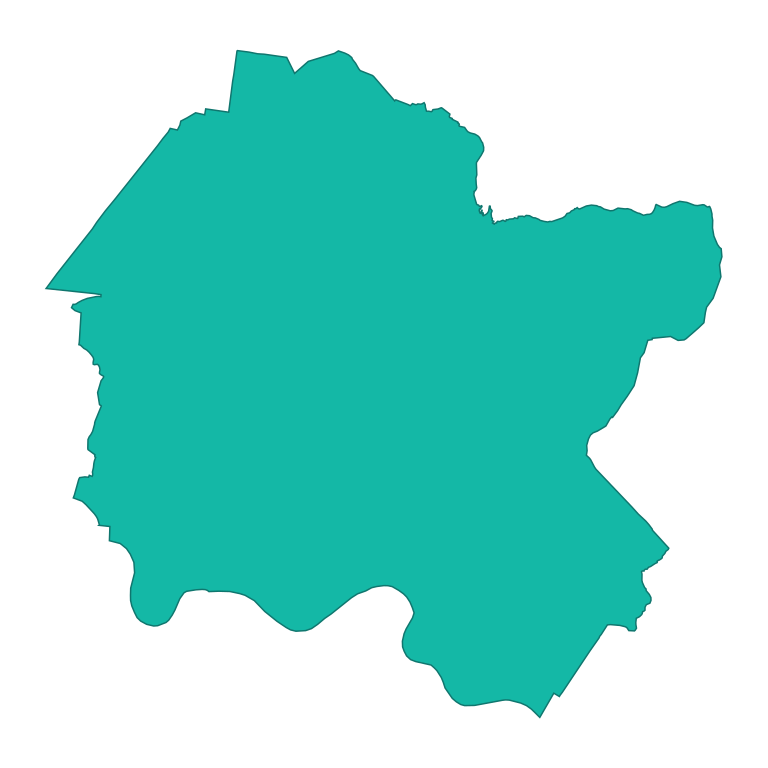 Seini, Satu Mare, Romania (Mercator projection)
{"feature_id": "2599482B17607964095904", "entity_name": "Seini", "entity_type": "district", "adm_level": 2, "iso_a3": "ROU", "parent_name": "Romania", "parent_adm1": "Satu Mare", "projection": "mercator", "projection_center": [23.303, 47.754], "detail": "fine", "context": "isolated", "style": "filled", "palette": "teal", "viewbox_px": 768, "rotation_deg": 0, "n_neighbors": 0, "source": "geoboundaries", "source_scale": "gbopen_adm2", "svg_char_len": 6038}
<svg xmlns="http://www.w3.org/2000/svg" viewBox="0 0 768 768"><path d="M539.8,717.4L553.8,693.2L559.4,696.5L559.9,695.5L562.4,692.2L589.8,651.1L599.0,638.0L599.7,636.3L601.2,634.5L607.4,624.9L610.4,624.6L619.9,625.4L625.5,626.8L627.0,627.8L628.8,630.6L634.5,630.9L635.3,630.1L636.5,628.2L635.9,624.7L635.8,622.4L636.3,618.3L639.5,616.7L641.7,614.6L642.2,613.6L642.6,611.7L644.0,611.1L645.0,610.2L645.0,607.4L646.1,605.0L646.9,604.4L649.9,603.2L651.0,600.4L650.9,597.5L649.3,594.4L646.2,590.7L646.0,588.9L644.6,587.5L642.4,582.5L641.9,580.3L642.0,574.2L641.5,571.9L641.6,571.4L643.1,570.8L643.9,571.1L644.3,570.1L645.3,569.2L647.1,569.2L648.5,567.3L650.6,566.5L655.0,563.6L657.1,562.6L657.3,562.0L657.0,561.3L658.5,560.2L659.3,560.1L661.8,558.4L662.2,557.7L662.4,556.1L664.8,553.5L665.9,551.3L668.2,549.5L668.8,548.2L652.4,530.2L652.3,529.2L649.1,524.9L645.9,521.2L638.2,514.0L632.0,507.1L596.0,469.3L594.5,467.1L590.7,459.8L589.5,458.2L586.4,455.3L587.1,450.7L586.7,445.4L588.5,438.9L590.4,435.1L593.1,432.8L597.4,431.1L605.9,426.0L609.9,419.0L611.9,416.9L612.6,417.4L617.6,410.7L621.2,404.7L627.3,396.2L634.1,385.7L637.6,372.8L640.4,357.8L644.1,352.7L647.8,340.3L652.1,339.6L652.3,338.3L670.6,336.5L678.1,340.4L684.1,339.9L686.1,338.7L698.6,327.8L703.9,322.7L705.4,312.4L706.6,307.2L713.1,298.3L720.9,276.8L719.5,264.9L721.9,256.8L721.2,248.7L719.5,247.4L717.4,244.4L713.9,236.1L712.5,228.0L712.7,220.2L712.0,216.2L712.0,214.0L710.8,209.0L709.7,206.6L709.3,206.4L708.0,207.0L707.2,206.9L704.2,204.9L702.8,204.7L697.5,205.6L694.6,205.3L686.9,202.4L679.6,201.3L672.9,203.7L666.7,206.7L664.3,207.3L661.8,207.1L656.2,204.5L655.7,205.1L655.1,207.5L654.1,210.0L652.6,212.4L651.4,213.6L649.6,214.3L647.0,214.4L643.5,215.3L639.6,213.4L637.6,213.0L632.9,210.8L631.2,209.7L627.6,208.7L625.1,208.9L618.0,208.1L613.2,210.5L610.3,210.8L604.1,209.1L600.5,206.9L598.3,206.5L596.8,205.7L591.4,205.1L586.3,206.0L579.6,209.0L578.3,208.7L577.2,207.6L575.8,208.7L574.7,208.7L574.1,209.7L571.3,211.0L569.7,212.8L567.0,213.5L565.1,216.2L562.6,217.9L551.7,221.6L549.8,221.4L547.8,222.0L544.1,221.4L540.0,220.3L538.9,219.4L535.3,217.9L533.1,217.7L529.5,215.7L526.2,215.4L524.2,216.8L522.7,216.2L518.3,216.4L517.8,218.2L517.4,218.5L514.6,217.8L513.4,218.8L509.4,219.1L507.8,219.9L506.4,219.7L506.1,220.0L505.9,221.0L505.1,221.4L503.6,220.4L502.6,220.3L499.7,221.6L497.6,221.3L496.9,221.9L496.6,222.9L495.1,223.1L494.3,224.1L492.5,223.0L493.8,221.3L492.1,220.5L492.4,218.6L491.5,217.2L491.1,213.5L492.1,210.9L491.7,210.1L490.4,208.6L490.2,206.2L489.8,206.0L489.4,206.2L488.6,211.3L487.3,213.3L486.3,214.2L483.2,215.8L482.6,214.9L483.3,214.2L483.2,213.0L482.8,212.8L482.2,213.9L481.6,213.4L482.1,210.3L481.8,210.2L481.4,210.8L481.0,212.8L480.6,213.3L480.0,213.0L479.2,210.7L479.4,209.1L479.7,208.8L480.2,209.1L481.7,207.1L482.0,206.2L481.4,205.7L480.2,206.4L479.4,206.3L478.6,205.1L477.2,204.7L476.6,204.1L473.9,195.0L473.9,193.7L474.2,192.5L474.0,191.4L475.2,190.8L476.2,189.2L476.7,187.7L476.2,184.0L475.9,178.1L476.8,174.9L476.4,163.8L476.5,162.4L481.2,155.2L483.4,151.1L483.6,150.4L483.7,147.3L482.6,142.9L481.6,141.6L479.5,137.5L477.9,135.9L474.8,134.1L470.4,133.0L468.1,131.9L466.9,130.7L464.6,127.4L459.3,126.2L459.0,125.4L459.3,124.3L458.9,123.6L457.8,122.9L458.1,122.5L457.9,122.1L452.2,119.3L452.1,119.1L452.3,118.6L452.0,118.3L449.7,117.5L449.3,116.7L449.9,114.1L442.5,108.4L441.6,107.8L440.8,107.9L438.0,109.0L433.1,109.6L432.7,109.9L432.3,111.0L431.3,111.7L428.7,111.2L426.5,111.2L425.4,107.2L425.2,104.8L424.1,102.7L421.9,103.9L420.6,104.2L417.8,103.9L416.9,104.5L415.7,104.7L412.5,103.6L410.3,105.7L408.2,104.6L395.9,99.9L395.4,100.0L394.7,100.9L373.7,76.5L372.5,75.5L360.2,70.6L358.6,68.6L355.6,63.3L352.4,59.2L351.8,57.6L350.3,56.3L348.5,54.9L344.8,53.1L338.4,50.9L334.4,53.4L308.3,61.4L294.6,73.4L286.7,57.4L264.2,54.2L257.7,53.8L249.0,52.1L237.4,50.6L237.0,51.0L233.8,74.6L232.7,80.9L228.7,112.2L205.7,108.9L204.7,114.8L195.6,112.8L187.0,117.9L180.8,121.1L179.9,125.1L177.4,130.0L170.2,128.4L168.2,132.1L163.0,138.4L157.7,145.5L114.4,199.9L105.4,210.8L96.8,222.2L92.3,229.0L57.0,273.7L46.1,288.5L94.5,293.6L101.0,294.6L100.9,296.7L98.7,296.4L96.2,296.6L87.3,298.4L82.1,300.4L78.2,302.5L76.2,303.9L74.6,304.4L73.1,304.3L71.5,307.7L75.0,310.6L81.1,312.9L79.3,342.0L78.9,344.7L80.5,345.2L83.9,348.4L86.6,349.9L89.2,352.3L91.7,355.3L93.2,357.5L93.7,359.3L93.1,362.5L93.2,364.2L94.3,364.7L97.3,364.3L98.3,365.0L99.4,366.8L100.0,369.7L99.5,372.2L99.5,373.5L100.9,374.7L103.2,376.0L103.6,376.4L103.6,377.1L102.9,378.4L101.1,380.7L97.6,392.6L99.5,404.5L99.9,405.0L101.1,405.6L101.3,406.1L95.2,421.0L94.7,422.8L94.6,424.2L92.6,431.4L90.8,434.7L89.3,436.6L88.0,439.5L87.8,448.2L88.0,449.6L95.0,454.8L94.7,455.9L95.2,457.4L95.6,457.5L94.4,460.9L93.9,463.3L93.4,467.7L92.4,472.1L92.7,473.7L92.6,475.3L92.1,476.4L89.3,475.3L88.5,477.2L84.9,476.9L79.7,477.6L78.8,479.2L74.4,495.0L73.3,497.9L82.1,501.2L86.0,504.7L94.3,513.7L96.2,516.3L97.4,518.4L98.1,520.4L99.4,524.9L98.9,525.3L109.9,526.5L109.4,540.7L120.2,543.5L126.5,548.6L130.3,554.2L133.9,562.3L134.6,572.8L130.7,588.1L130.5,595.3L130.6,600.5L131.8,605.9L134.5,612.4L137.1,617.6L140.7,621.1L146.6,624.3L153.7,626.0L157.7,625.7L166.0,622.5L168.7,620.2L172.2,615.1L174.9,610.1L179.8,598.7L184.0,592.8L186.6,591.3L196.0,589.8L202.1,589.4L205.3,589.6L207.4,590.4L208.9,591.6L218.8,591.2L229.9,591.5L239.8,593.6L245.1,595.3L254.3,600.6L264.8,611.5L277.0,621.3L286.2,627.5L290.6,629.9L295.9,631.2L305.7,630.6L311.5,628.6L317.7,624.3L324.7,618.4L331.1,614.0L351.5,597.7L357.6,593.8L365.8,590.9L371.7,587.7L376.8,586.5L383.9,585.6L388.0,585.7L392.2,586.6L398.8,590.4L403.5,593.8L406.7,597.0L410.0,602.1L412.3,607.5L414.1,612.9L412.5,617.9L406.1,629.0L404.1,633.7L402.4,641.2L402.6,646.9L404.2,651.3L406.6,655.9L410.6,659.6L415.8,661.6L431.0,665.0L434.0,667.6L436.9,670.6L441.3,677.5L443.2,682.1L445.1,688.0L452.3,698.4L456.3,701.8L460.7,704.5L464.6,705.6L474.6,705.4L502.8,700.2L505.7,699.9L509.3,700.1L520.6,703.0L526.5,705.6L531.5,709.2L539.8,717.4Z" fill="#14b8a6" stroke="#0f766e" stroke-width="1.5"/></svg>